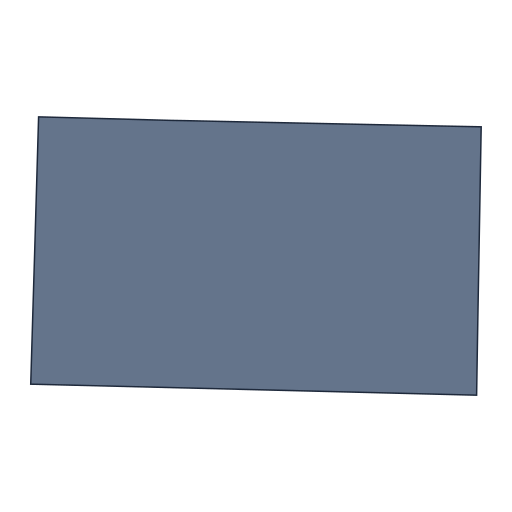 Hucal, La Pampa, Argentina, rotated 1°
{"feature_id": "61730980B74223418294329", "entity_name": "Hucal", "entity_type": "district", "adm_level": 2, "iso_a3": "ARG", "parent_name": "Argentina", "parent_adm1": "La Pampa", "projection": "mercator", "projection_center": [-63.771, -37.979], "detail": "fine", "context": "isolated", "style": "filled", "palette": "slate", "viewbox_px": 512, "rotation_deg": 1, "n_neighbors": 0, "source": "geoboundaries", "source_scale": "gbopen_adm2", "svg_char_len": 475}
<svg xmlns="http://www.w3.org/2000/svg" viewBox="0 0 512 512"><g transform="rotate(1 256 256)"><path d="M478.9,172.1L478.9,152.0L478.9,127.8L478.9,122.9L478.2,122.9L438.0,122.8L411.8,122.7L376.8,122.6L347.6,122.5L257.6,122.2L182.7,121.9L168.6,121.9L39.4,120.7L36.2,120.7L34.6,258.2L34.0,305.3L33.0,388.1L39.0,388.1L302.8,390.0L411.2,390.8L478.3,391.3L479.0,391.3L478.9,315.6L478.9,282.6L478.9,243.5L478.9,172.1Z" fill="#64748b" stroke="#1e293b" stroke-width="1.5"/></g></svg>